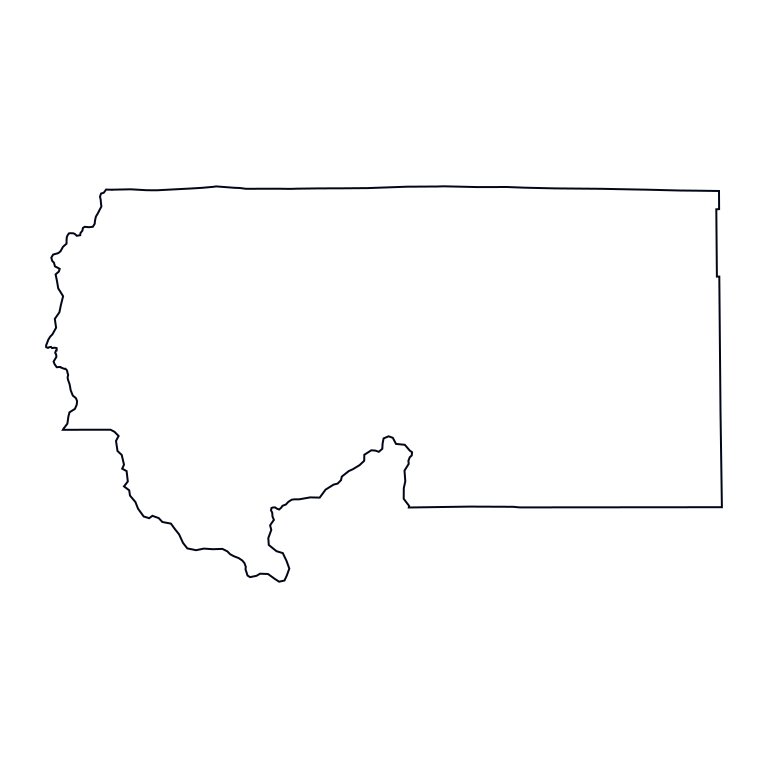 the district of Siskiyou, California, United States of America
{"feature_id": "52423323B61595109476273", "entity_name": "Siskiyou", "entity_type": "district", "adm_level": 2, "iso_a3": "USA", "parent_name": "United States of America", "parent_adm1": "California", "projection": "equal_earth", "projection_center": [-123.119, 41.501], "detail": "fine", "context": "isolated", "style": "outline", "palette": "ink", "viewbox_px": 768, "rotation_deg": 0, "n_neighbors": 0, "source": "geoboundaries", "source_scale": "gbopen_adm2", "svg_char_len": 3108}
<svg xmlns="http://www.w3.org/2000/svg" viewBox="0 0 768 768"><path d="M408.8,507.5L469.5,506.6L513.2,506.8L519.6,507.4L721.9,507.2L720.5,411.4L719.3,276.6L716.9,276.6L716.3,209.3L719.1,209.1L719.0,191.0L697.4,190.7L679.5,190.5L651.5,189.8L647.4,189.7L642.7,189.6L641.8,189.6L600.8,188.8L555.3,188.4L525.2,187.7L509.4,187.1L509.0,187.1L507.9,187.0L507.6,187.0L478.1,187.1L469.7,186.9L443.4,186.3L437.6,186.5L407.0,186.7L367.5,188.1L344.3,188.3L318.5,188.4L296.0,188.7L290.7,188.9L276.6,188.7L246.0,188.8L239.9,188.0L234.5,187.8L216.1,186.4L213.5,186.8L202.4,187.8L191.0,188.5L190.9,188.5L156.5,190.3L146.3,190.2L130.6,189.3L111.7,189.7L111.7,189.8L110.7,189.7L106.0,189.6L105.5,190.4L103.8,192.7L101.0,193.6L100.0,196.7L100.7,199.8L100.9,202.6L101.4,206.5L99.6,209.9L97.7,213.6L95.9,216.6L95.0,220.6L94.7,223.8L92.8,226.8L89.0,227.2L84.7,226.8L82.9,228.0L82.4,230.7L80.5,233.0L80.2,235.2L76.8,235.8L74.9,234.0L73.3,233.3L70.5,233.2L68.9,233.4L67.5,235.5L66.8,237.2L66.6,239.6L66.5,243.7L63.0,246.8L60.5,251.3L58.3,253.1L53.1,254.6L51.3,257.7L52.2,260.9L53.9,262.6L55.0,266.4L58.0,267.9L59.7,268.9L58.9,271.5L55.6,274.4L57.0,281.1L58.2,288.3L63.1,296.2L60.9,305.0L59.4,312.3L54.8,318.9L56.1,327.7L52.4,334.4L50.2,336.6L48.3,339.7L47.3,342.4L46.1,345.4L46.2,347.2L48.0,347.9L48.9,347.3L51.0,346.9L52.1,348.1L54.6,347.7L56.6,348.1L56.7,348.8L56.6,350.5L55.9,350.7L55.2,352.9L56.1,354.4L56.4,356.9L55.0,359.2L53.6,361.6L54.6,364.2L56.7,367.2L59.5,367.0L60.6,367.0L61.0,367.6L62.2,368.0L64.5,368.9L65.3,368.7L66.7,370.0L67.4,371.7L67.4,372.7L67.8,373.7L68.1,374.6L68.1,375.5L67.8,376.2L67.6,377.8L68.2,380.4L69.4,383.6L69.9,385.7L70.7,390.3L72.8,395.6L75.9,398.1L77.1,401.1L76.7,404.8L74.9,408.9L69.5,412.3L68.4,416.5L67.4,423.6L64.7,427.2L63.8,428.2L62.9,429.8L110.5,429.7L114.5,431.8L118.6,436.0L116.0,440.9L117.5,451.0L121.7,454.9L124.0,464.6L122.2,468.7L126.6,471.1L127.8,481.5L124.0,486.4L129.2,490.3L130.0,495.6L135.4,502.0L138.0,508.6L139.7,511.0L143.7,516.5L149.2,518.2L152.4,515.8L158.7,518.1L162.4,522.0L170.9,523.6L174.9,529.1L179.1,534.4L183.0,542.9L187.3,548.4L196.1,550.2L203.8,548.6L212.8,549.2L222.4,548.9L227.4,551.4L230.1,554.2L233.8,556.2L238.7,558.1L242.4,560.6L244.5,563.2L245.8,566.9L245.5,569.3L246.6,572.6L247.5,575.5L250.0,577.1L251.3,576.9L256.5,575.8L260.1,573.7L268.0,574.0L274.8,578.9L279.1,581.7L284.5,580.5L286.8,575.5L289.3,568.6L286.6,561.1L282.8,553.1L276.5,551.2L268.8,545.0L268.3,538.1L271.3,529.9L270.1,525.4L271.6,523.1L273.9,519.9L272.5,516.5L272.2,512.6L271.0,510.3L271.5,508.0L272.8,507.5L275.1,507.4L277.0,508.7L279.1,509.5L281.1,507.8L282.5,505.8L285.9,504.5L288.3,501.9L291.7,499.7L294.6,499.3L299.3,499.3L310.1,497.4L319.7,497.6L325.6,489.6L333.6,484.6L337.6,483.6L341.0,480.2L341.8,476.6L348.7,471.1L352.9,469.2L359.6,465.1L364.2,460.8L364.3,454.8L371.3,450.3L375.4,450.6L378.8,451.8L382.3,448.8L382.6,443.5L383.6,438.4L388.6,436.3L392.8,437.8L396.0,443.9L404.8,444.8L409.8,450.6L412.1,452.3L411.7,455.5L409.8,457.2L408.4,460.8L408.7,463.9L404.5,470.6L405.3,481.3L403.8,488.1L403.7,498.8L409.1,505.9L408.8,507.5Z" fill="none" stroke="#020617" stroke-width="2"/></svg>